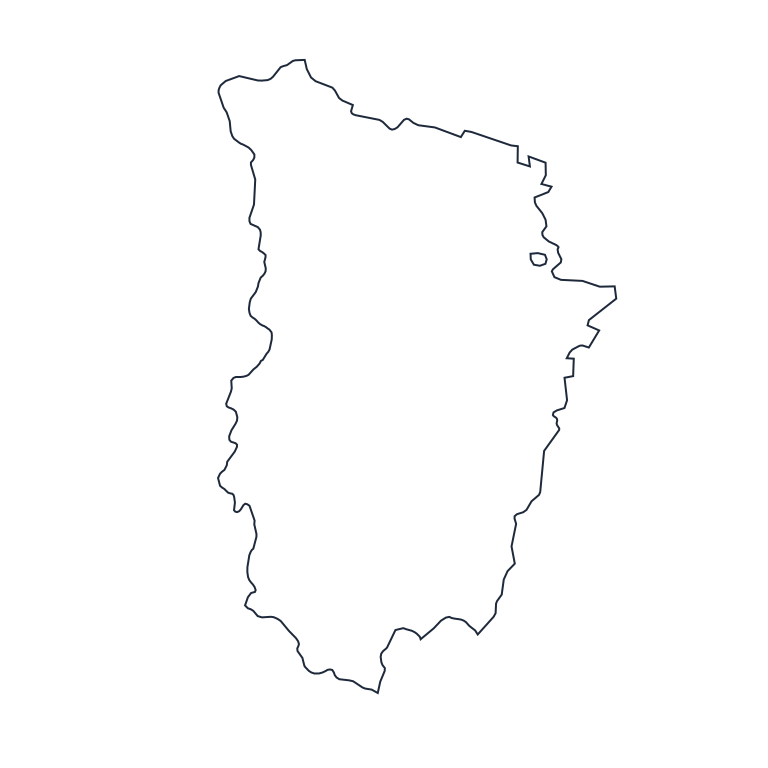 the Autonomous Community of León, rotated 280°
{"feature_id": "ESP-5830", "entity_name": "León", "entity_type": "Autonomous Community", "adm_level": 1, "iso_a3": "ESP", "parent_name": "Spain", "parent_adm1": "", "projection": "mercator", "projection_center": [-5.923, 42.635], "detail": "fine", "context": "isolated", "style": "outline", "palette": "slate", "viewbox_px": 768, "rotation_deg": 280, "n_neighbors": 0, "source": "natural_earth", "source_scale": "10m", "svg_char_len": 4297}
<svg xmlns="http://www.w3.org/2000/svg" viewBox="0 0 768 768"><g transform="rotate(280 384 384)"><path d="M644.7,170.1L647.3,170.5L649.8,171.3L654.9,175.5L662.1,187.9L661.0,207.1L661.6,211.1L663.1,216.7L664.9,219.4L667.4,221.4L678.1,227.2L679.6,229.7L681.2,233.1L686.3,238.1L687.4,240.5L689.4,249.6L680.7,253.3L673.2,258.9L670.3,264.1L666.9,281.7L664.4,284.8L657.9,290.0L655.9,293.8L653.3,304.9L646.9,304.2L645.1,305.2L644.2,307.0L643.8,309.3L643.3,333.6L641.9,337.3L636.5,345.1L635.9,347.7L637.0,350.3L639.1,352.7L647.6,357.8L649.2,360.2L649.0,362.6L646.3,367.5L644.8,372.8L645.5,389.6L640.5,416.8L647.4,419.6L647.4,426.3L641.0,467.8L641.4,474.5L625.3,477.1L623.6,489.9L633.2,486.9L630.0,504.7L617.7,507.1L608.3,504.3L607.4,514.7L601.6,512.5L593.8,499.9L589.0,501.1L585.9,503.2L579.6,510.3L573.8,514.6L567.5,516.6L561.1,513.5L558.4,514.1L556.2,515.8L553.0,521.5L550.7,529.7L550.0,531.0L549.1,532.1L548.5,532.1L547.9,531.8L546.7,531.6L543.5,532.7L537.7,537.0L534.4,537.0L526.4,530.5L524.1,529.7L518.8,533.3L517.3,540.2L520.0,561.6L517.3,579.6L520.2,594.2L508.4,597.9L482.5,574.7L477.1,574.3L474.1,586.6L455.5,579.4L456.4,572.8L456.0,571.0L455.4,569.7L450.6,563.5L447.3,561.4L441.1,559.5L441.9,566.5L424.6,568.9L421.5,560.7L399.8,567.1L391.7,565.9L388.0,558.8L385.5,555.9L382.8,555.7L381.8,556.7L380.7,559.3L379.7,560.4L378.3,560.9L375.3,560.8L373.8,561.4L370.6,564.3L369.2,564.5L345.9,553.3L304.6,556.6L301.7,555.9L294.2,549.7L284.8,546.2L281.9,543.4L278.9,537.6L276.5,535.6L274.2,535.9L269.2,538.4L246.2,537.8L229.8,544.0L221.2,538.2L212.3,535.9L197.1,536.5L189.8,533.0L187.2,532.5L177.7,533.7L173.8,532.4L153.6,519.8L157.1,516.6L160.6,510.0L163.7,506.1L164.7,503.9L165.3,501.5L165.4,499.0L165.2,494.0L165.3,491.3L166.0,488.8L164.7,485.5L160.8,481.2L152.0,475.4L139.0,464.4L140.9,463.5L141.8,462.5L143.8,459.6L144.9,457.3L145.8,454.3L146.4,448.2L146.9,445.4L143.7,438.0L125.1,432.8L123.9,432.1L120.7,429.4L117.9,428.1L114.6,428.1L109.4,429.8L107.0,431.3L105.8,432.5L105.3,433.2L104.3,434.2L101.5,434.5L90.2,432.0L78.6,431.5L80.9,424.9L80.8,418.3L81.4,415.5L85.9,405.2L86.1,401.2L85.5,391.3L86.7,388.3L88.7,386.1L91.1,384.8L93.4,382.7L93.5,380.4L92.7,378.1L91.0,376.1L89.2,373.5L87.7,370.4L86.8,365.7L87.3,362.5L88.5,359.7L91.6,355.5L92.7,354.5L100.1,351.2L106.0,345.2L108.6,344.5L110.7,345.1L113.1,345.4L115.7,344.1L118.4,341.5L124.3,333.3L132.7,323.4L134.2,320.0L135.2,315.9L135.1,313.0L133.0,304.4L133.5,299.9L137.9,294.7L139.0,292.0L139.5,288.9L141.8,285.6L150.4,287.0L155.1,289.4L156.8,293.0L158.7,293.4L161.6,291.8L163.7,289.8L165.5,287.5L167.5,285.4L170.2,283.7L175.0,282.1L179.8,281.3L192.0,281.1L195.3,281.8L197.5,282.6L199.1,283.9L211.2,284.9L214.0,284.5L223.3,280.6L227.0,280.3L240.7,272.7L241.8,270.3L242.0,268.1L240.3,266.6L235.7,264.8L233.6,263.5L232.3,261.5L232.5,259.6L233.7,258.2L241.2,257.8L246.6,256.1L248.6,255.1L249.6,253.5L249.6,251.6L249.9,249.4L251.2,247.4L252.9,245.0L253.8,242.7L255.3,240.2L262.6,236.9L267.2,238.1L269.6,239.8L271.7,241.8L276.8,243.3L280.2,243.1L291.6,248.8L296.6,250.1L298.7,249.8L299.9,248.1L300.6,243.3L302.2,241.4L305.6,240.6L311.9,241.8L319.1,244.7L322.4,245.6L325.9,245.3L331.0,242.9L332.7,240.3L333.5,237.6L333.9,235.1L334.7,233.1L337.1,232.0L349.9,234.6L353.3,234.8L360.8,233.0L363.8,234.7L365.2,236.9L366.1,242.0L366.9,244.5L368.0,246.9L369.5,249.0L375.7,252.9L378.9,255.7L382.5,257.9L385.4,258.8L386.6,260.4L393.4,263.1L395.5,264.4L398.1,265.3L408.5,265.7L412.6,265.1L415.3,264.3L417.6,261.8L418.6,259.6L419.6,257.7L420.3,255.7L420.4,254.7L420.7,253.7L421.4,251.7L422.7,249.5L424.4,247.4L425.8,245.2L426.7,243.0L428.0,240.8L430.7,239.2L434.5,237.9L441.1,237.6L444.9,238.0L452.2,241.7L457.9,242.9L461.7,242.9L467.4,244.1L469.5,245.8L471.9,247.1L474.5,247.8L477.3,247.5L483.4,244.9L488.3,245.3L490.4,245.0L491.6,243.3L492.8,241.0L493.5,238.8L494.9,237.0L509.1,236.8L511.9,236.2L514.4,235.1L516.6,232.5L518.5,224.8L520.8,223.3L524.2,222.6L538.1,224.8L563.0,221.7L576.7,214.9L579.1,214.5L581.8,216.2L584.4,217.0L587.5,216.5L591.4,212.6L593.4,209.5L595.3,203.8L595.8,201.2L596.8,198.9L599.5,193.7L601.9,191.5L606.3,189.1L616.1,186.4L624.2,181.9L628.3,178.1L642.1,170.5L644.7,170.1ZM535.0,522.6L539.2,520.1L539.6,512.7L537.7,505.7L532.2,506.9L527.5,510.9L527.5,517.0L530.4,522.1L535.0,522.6Z" fill="none" stroke="#1e293b" stroke-width="2"/></g></svg>